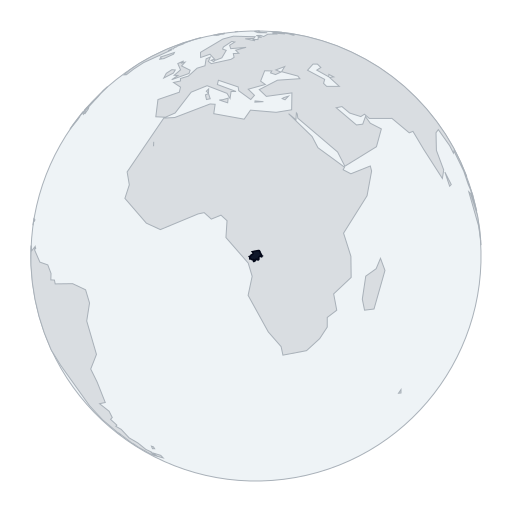 Uíge highlighted on a globe, orthographic projection, rotated 350°
{"feature_id": "AGO-1881", "entity_name": "Uíge", "entity_type": "Province", "adm_level": 1, "iso_a3": "AGO", "parent_name": "Angola", "parent_adm1": "", "projection": "orthographic", "projection_center": [15.52, -7.131], "detail": "fine", "context": "on_globe", "style": "filled", "palette": "ink", "viewbox_px": 512, "rotation_deg": 350, "n_neighbors": 0, "source": "natural_earth", "source_scale": "10m", "svg_char_len": 7751}
<svg xmlns="http://www.w3.org/2000/svg" viewBox="0 0 512 512"><g transform="rotate(350 256 256)"><circle cx="256" cy="256" r="225" fill="#eef3f6" stroke="#a8b0b8"/><path d="M139.2,63.4L134.2,66.5L128.4,71.5L125.1,74.0L116.5,79.7L113.6,81.5L139.2,63.4ZM109.1,85.2L110.9,83.7L102.6,91.2L101.8,92.1L103.2,91.2L106.9,87.9L104.4,90.5L94.8,98.8L96.9,96.5L100.0,93.7L98.4,95.0L98.1,95.3L109.1,85.2ZM35.7,209.1L36.3,206.6L33.8,219.4L36.5,206.7L35.9,212.0L40.0,208.4L39.0,211.6L42.1,224.5L49.4,228.6L51.1,237.6L49.8,243.9L53.3,244.7L53.4,248.6L70.6,251.4L82.3,259.7L83.9,273.4L78.0,290.6L81.8,325.2L73.6,338.6L77.7,352.7L82.1,374.1L76.3,374.3L84.4,383.4L86.4,390.1L84.4,391.6L89.6,398.4L88.4,399.4L93.1,403.3L99.5,413.1L107.3,419.7L114.0,427.4L119.2,431.1L118.7,431.4L120.4,433.2L123.3,435.5L118.1,432.9L107.3,424.2L102.2,419.2L101.4,418.9L89.7,406.0L91.8,409.0L76.5,390.7L66.1,374.6L44.6,329.6L41.3,321.3L38.1,313.3L37.7,311.7L34.1,294.8L31.8,277.7L30.8,260.5L31.1,243.3L32.7,226.1L35.7,209.1ZM129.5,438.7L119.9,434.2L124.0,436.1L120.0,431.9L127.6,435.8L129.5,438.7ZM120.6,427.8L120.0,425.1L121.8,426.1L122.7,428.2L120.6,427.8ZM477.4,214.4L474.2,201.6L477.0,217.1L480.0,233.2L481.2,250.3L480.4,243.2L478.8,228.2L477.4,222.2L475.3,208.4L469.2,187.0L468.3,189.0L465.9,181.0L457.5,163.2L454.7,165.8L452.0,183.3L455.8,203.9L453.0,212.0L439.7,180.2L432.2,160.5L428.3,161.3L413.8,144.1L391.5,140.2L387.4,135.2L383.4,136.9L373.1,131.5L366.6,123.8L360.7,123.9L377.7,144.4L384.0,144.7L388.0,137.7L391.6,145.1L401.5,152.6L393.6,169.3L359.1,183.0L354.4,167.7L321.1,127.5L321.3,123.4L321.1,123.0L320.6,122.1L319.0,128.8L312.8,121.5L332.0,148.1L335.8,160.1L358.6,183.9L356.8,186.2L363.7,191.5L384.2,187.2L384.6,192.4L375.8,216.0L346.2,248.7L349.4,272.8L346.0,293.6L325.9,306.8L326.1,323.4L315.5,328.9L313.8,338.4L304.4,348.4L289.3,358.0L265.3,358.3L265.0,349.6L254.9,332.9L241.4,293.4L248.7,275.3L247.1,261.6L229.6,232.6L233.6,216.2L228.6,209.7L218.4,211.9L212.5,204.3L206.3,204.5L166.4,213.4L153.7,204.6L136.9,176.5L143.6,163.9L143.7,150.8L189.1,104.2L200.0,105.5L237.2,98.3L242.1,99.5L239.1,108.5L268.1,119.2L275.9,111.4L300.8,118.0L316.5,118.2L319.7,101.6L293.9,100.6L288.1,92.7L307.7,86.6L330.0,89.0L328.5,86.1L313.2,78.9L317.2,74.4L307.8,76.2L312.5,79.2L306.7,80.7L302.1,78.2L303.7,76.5L296.7,75.1L290.9,84.6L295.0,88.7L277.3,90.4L282.4,97.5L278.0,101.0L267.7,90.3L267.8,86.4L249.5,76.4L247.7,80.4L264.9,90.5L260.0,89.7L257.8,96.4L255.7,90.8L237.4,79.8L220.6,83.4L201.2,101.1L190.9,103.6L181.5,101.5L186.6,84.9L208.9,81.4L211.0,76.6L204.9,70.8L212.1,70.5L212.4,68.1L220.6,67.1L230.6,60.8L238.8,59.8L241.1,53.2L245.6,52.1L242.9,56.1L245.4,58.8L265.5,58.0L268.9,56.6L268.8,52.7L274.3,53.4L271.7,49.8L282.5,48.8L267.1,47.4L266.6,43.9L272.3,41.6L269.4,40.5L260.2,44.5L259.0,46.4L262.4,48.3L256.8,54.9L250.2,56.2L245.7,49.3L235.9,50.9L236.7,45.8L261.0,36.6L271.9,35.6L293.2,39.9L291.6,41.3L283.1,40.2L292.4,43.9L290.9,42.2L295.5,43.2L296.2,41.1L299.5,41.7L294.6,38.9L298.7,39.5L301.7,41.2L306.2,39.6L314.4,40.9L313.8,40.4L310.9,39.3L323.1,42.3L322.2,41.8L317.8,40.6L313.1,38.9L309.4,37.4L313.9,38.5L315.8,39.2L326.4,42.7L330.8,45.0L332.2,45.3L329.5,43.7L316.5,39.3L313.1,38.2L319.6,40.0L316.9,39.3L316.6,39.1L320.4,40.1L314.2,38.4L329.3,43.0L344.1,48.7L358.4,55.4L372.3,63.0L385.5,71.7L398.1,81.2L410.1,91.6L421.2,102.8L431.6,114.8L441.0,127.5L449.6,140.8L457.2,154.7L463.8,169.0L469.4,183.8L473.9,199.0L477.4,214.4ZM175.1,125.8L174.3,129.6L174.2,129.6L175.1,125.8ZM355.0,101.2L367.5,103.4L359.4,92.9L363.6,93.1L359.3,89.8L358.8,92.2L348.1,83.5L352.6,81.6L349.8,77.7L345.5,76.9L339.0,82.0L354.3,94.0L352.5,97.7L355.0,101.2ZM40.2,208.2L40.4,210.3L39.5,210.9L40.2,208.2ZM44.2,181.6L44.6,182.0L43.4,183.7L44.2,181.6ZM44.0,179.9L43.7,181.8L41.6,187.0L41.7,186.6L44.0,179.9ZM103.1,90.7L103.8,90.1L104.4,89.8L102.6,91.4L103.1,90.7ZM116.4,82.0L112.0,86.4L113.9,84.0L110.5,86.6L110.2,85.3L123.5,75.2L117.5,79.8L116.4,82.0ZM113.4,81.6L112.1,83.0L113.0,82.0L113.4,81.6ZM205.5,57.9L208.8,58.8L206.4,61.5L196.1,64.7L199.4,60.5L205.5,57.9ZM214.0,59.6L212.4,52.9L218.7,51.3L215.5,53.2L219.8,52.8L215.7,55.9L223.4,61.6L221.7,64.6L203.6,67.7L210.4,64.7L206.8,63.8L214.0,59.6ZM197.0,44.8L196.4,43.5L211.0,41.4L209.9,42.9L199.5,45.6L194.7,45.5L197.0,44.8ZM238.5,31.4L240.1,31.3L233.6,31.9L234.8,31.8L230.7,32.3L227.6,33.0L224.5,33.4L224.7,33.5L221.9,34.1L221.1,34.6L215.2,35.6L213.7,36.4L211.8,36.5L210.8,37.7L208.9,37.4L205.1,38.6L209.0,38.3L179.0,46.0L168.0,50.7L159.8,55.0L157.6,54.7L163.8,50.9L174.2,46.1L185.2,42.2L182.1,43.2L182.7,43.0L186.7,41.7L187.1,41.5L187.8,41.3L204.4,36.7L221.4,33.4L238.5,31.4ZM246.9,96.0L250.5,96.3L256.0,95.7L254.7,100.2L246.9,96.0ZM234.2,88.5L237.4,87.8L238.2,93.2L234.4,93.3L234.2,88.5ZM238.4,83.2L237.5,87.4L235.7,85.1L238.4,83.2ZM245.8,55.5L249.1,54.9L249.7,55.8L248.2,57.2L245.8,55.5ZM257.4,32.0L254.5,31.8L255.3,31.6L252.4,31.1L257.0,31.0L260.5,31.3L257.4,32.0ZM315.8,104.2L311.7,107.2L309.1,105.5L311.0,104.8L315.8,104.2ZM282.0,103.1L290.1,105.3L281.6,104.3L282.0,103.1ZM261.9,31.8L260.2,31.5L263.6,31.7L261.9,31.8ZM260.2,31.0L264.0,31.1L257.2,30.9L260.2,31.0ZM375.6,412.7L375.0,416.1L372.5,415.9L375.6,412.7ZM380.5,292.6L363.0,328.7L353.5,328.2L353.2,317.0L360.6,294.9L372.1,289.4L378.2,279.9L380.5,292.6ZM479.5,284.4L479.7,282.6L480.1,279.2L480.1,279.4L479.5,284.4ZM480.7,271.7L480.1,278.9L480.4,264.9L476.7,229.7L478.1,231.7L481.2,254.8L481.1,257.8L481.0,267.3L480.7,271.7ZM456.6,206.1L460.7,219.5L458.8,220.9L456.6,206.1ZM298.6,34.8L297.5,35.3L299.8,36.5L305.8,38.1L296.8,36.4L293.4,34.5L298.6,34.8ZM277.4,31.7L276.7,31.7L274.0,31.5L277.4,31.7Z" fill="#d9dde1" stroke="#a8b0b8" stroke-width="1"/><path d="M259.1,251.0L259.3,251.0L259.5,251.1L259.8,251.1L260.0,251.2L260.2,251.3L260.2,251.5L260.2,251.8L260.3,251.8L260.4,252.0L260.5,252.0L260.7,252.3L260.7,252.5L260.7,252.8L260.6,253.0L260.7,253.3L260.7,253.5L260.8,253.6L260.7,253.7L260.7,253.8L260.8,254.0L260.8,254.3L261.1,254.6L261.1,254.8L261.3,254.9L261.4,255.0L261.5,255.1L261.5,255.3L261.6,255.5L261.6,255.8L261.5,255.7L261.5,255.8L261.6,256.1L261.6,256.3L261.7,256.5L261.8,256.7L262.0,256.8L262.2,257.0L261.9,257.1L261.7,257.2L261.7,257.3L261.7,257.5L261.5,257.8L261.4,257.8L261.2,257.8L261.0,257.7L260.9,257.7L260.5,257.1L260.4,256.9L260.2,256.8L259.5,257.0L259.2,257.2L259.0,257.5L258.7,257.7L258.6,257.8L258.4,257.8L258.2,257.9L258.1,258.0L258.4,258.9L258.4,259.1L258.4,259.3L258.3,259.5L258.2,259.9L258.1,260.0L257.7,260.2L257.6,260.3L257.4,260.3L257.1,260.2L257.1,259.9L256.9,259.8L256.9,259.7L256.7,259.4L256.4,259.5L256.2,259.6L255.8,259.6L255.7,259.6L255.6,259.4L255.6,259.2L255.1,259.2L254.8,259.2L254.7,259.3L254.8,259.4L254.8,259.5L254.7,259.5L254.8,259.7L254.8,259.8L254.8,260.0L254.7,260.2L254.7,260.3L254.5,260.5L254.4,260.6L254.2,260.6L253.9,260.6L253.7,260.5L253.5,260.8L253.4,260.8L253.3,261.0L253.2,261.0L252.9,261.0L252.7,261.0L252.6,260.7L252.6,260.3L252.6,260.2L252.8,259.9L252.9,259.1L252.6,258.9L252.0,259.0L251.9,259.1L251.7,259.0L251.4,258.9L251.2,258.7L251.0,258.4L250.7,258.2L250.4,258.0L249.6,258.0L249.4,257.9L249.4,257.7L249.5,257.7L249.8,257.6L249.9,257.4L249.7,257.2L249.5,256.9L249.5,256.7L249.8,256.3L249.7,256.2L249.5,255.9L249.4,255.6L249.3,255.4L249.5,255.4L249.8,255.4L249.9,255.2L250.0,255.2L250.4,255.0L250.6,254.9L251.0,254.8L251.0,254.7L251.2,254.4L251.4,254.3L251.4,254.2L251.5,254.2L252.0,254.1L252.1,253.9L252.5,253.9L252.8,253.8L253.1,253.7L253.4,253.3L253.5,253.0L253.7,252.9L253.8,252.7L253.6,252.3L253.5,252.2L253.4,251.8L253.4,251.7L253.1,251.3L253.0,251.1L253.5,251.1L253.9,251.1L254.2,251.1L254.6,251.1L255.0,251.0L255.3,251.0L255.7,251.0L256.0,251.0L256.4,251.0L256.7,251.0L257.1,251.0L257.5,251.0L257.8,251.0L258.2,251.0L258.3,251.0L258.5,251.0L258.9,251.0L259.1,251.0Z" fill="#0f172a" stroke="#020617" stroke-width="1.5"/></g></svg>